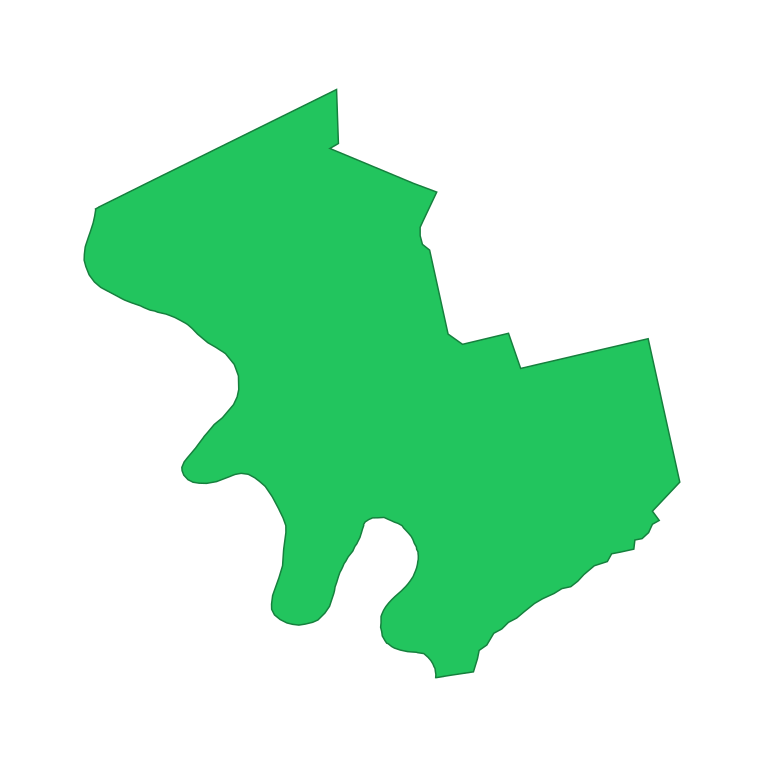 San Javier, Misiones, Argentina (Mercator projection), rotated 81°
{"feature_id": "61730980B6185383884221", "entity_name": "San Javier", "entity_type": "district", "adm_level": 2, "iso_a3": "ARG", "parent_name": "Argentina", "parent_adm1": "Misiones", "projection": "mercator", "projection_center": [-55.112, -27.774], "detail": "fine", "context": "isolated", "style": "filled", "palette": "green", "viewbox_px": 768, "rotation_deg": 81, "n_neighbors": 0, "source": "geoboundaries", "source_scale": "gbopen_adm2", "svg_char_len": 3900}
<svg xmlns="http://www.w3.org/2000/svg" viewBox="0 0 768 768"><g transform="rotate(81 384 384)"><path d="M682.1,378.9L682.2,378.7L682.2,372.9L682.2,372.2L682.1,372.3L682.1,362.8L682.3,340.7L669.8,334.6L662.0,331.7L657.9,323.3L647.4,314.6L644.3,305.9L638.9,298.4L635.9,289.5L631.1,281.6L624.3,269.7L620.9,261.0L617.5,248.8L613.9,240.3L613.4,231.2L609.1,223.5L603.5,216.4L596.4,204.7L594.3,191.2L587.3,185.7L587.0,176.7L586.2,163.1L577.3,160.6L577.1,153.3L572.2,145.9L567.3,142.7L564.5,140.8L561.8,133.5L551.6,138.8L527.2,107.2L441.5,112.4L432.2,112.9L382.9,115.9L380.6,116.0L383.5,156.4L390.0,246.6L353.4,253.1L354.0,260.6L357.1,300.2L354.5,302.9L344.7,312.9L258.9,318.0L252.1,324.2L243.2,325.1L234.9,323.8L228.6,319.6L202.7,301.9L190.4,323.6L184.4,333.3L145.4,396.6L142.9,400.6L142.8,400.3L139.3,391.4L85.7,384.8L89.3,396.4L137.1,550.0L142.9,568.7L164.6,638.0L164.8,638.0L165.1,639.0L165.9,641.3L166.0,641.6L166.8,641.5L172.9,643.5L179.5,646.1L187.6,650.2L192.6,652.9L192.8,653.0L200.3,656.9L202.0,657.7L209.2,659.7L214.8,660.8L221.4,660.1L229.9,658.2L231.2,657.6L236.7,654.7L237.7,654.2L238.0,654.0L242.5,650.2L244.3,648.6L245.7,646.8L259.2,628.9L260.8,626.6L264.3,620.6L268.7,612.3L270.9,609.2L272.8,606.1L274.4,603.5L276.0,599.1L277.7,596.2L278.8,593.4L279.3,592.2L280.8,588.4L283.0,584.5L283.3,584.0L285.6,580.1L288.5,576.2L292.9,570.5L294.6,568.6L299.0,564.9L303.0,562.1L305.6,560.3L308.0,558.2L315.6,551.6L321.5,544.3L322.3,543.4L325.3,540.1L326.3,538.9L329.2,535.8L331.1,534.7L339.4,529.9L341.1,528.9L344.4,528.2L349.0,527.3L353.2,526.5L366.5,528.3L366.9,528.4L372.6,530.6L373.7,531.0L379.3,534.8L380.8,535.8L392.0,548.8L394.0,552.1L394.2,552.5L395.6,554.9L397.5,558.1L399.0,559.8L405.2,566.9L406.1,568.0L407.7,569.9L408.6,570.7L414.9,577.2L417.0,579.3L418.0,580.3L418.3,580.7L426.1,589.7L429.6,593.5L434.7,596.7L435.9,596.8L438.0,597.0L442.7,596.0L446.4,593.5L447.8,592.6L450.3,589.1L451.1,588.1L451.8,585.9L453.0,582.2L453.1,581.7L454.4,574.8L454.2,564.4L454.1,564.2L451.3,550.9L450.5,547.6L450.0,545.1L449.9,541.6L449.9,539.0L451.8,532.6L452.2,531.8L456.4,526.3L460.7,522.2L465.1,518.5L466.6,517.3L472.5,514.5L477.0,512.4L477.9,512.0L491.2,507.4L492.0,507.2L497.3,505.6L500.2,504.7L502.2,504.3L508.0,503.2L508.7,503.1L509.3,503.2L515.2,504.1L515.6,504.2L530.7,508.7L532.6,509.2L547.6,512.6L558.8,518.0L572.7,525.6L575.5,527.1L583.8,529.5L587.4,530.0L589.0,530.2L594.9,528.3L600.4,523.4L604.8,517.3L607.1,511.8L608.8,505.8L608.8,499.4L608.6,496.7L608.3,492.9L608.2,491.7L608.1,491.3L606.7,486.1L601.0,478.2L595.1,472.6L583.1,466.4L580.3,465.2L576.5,464.0L576.1,463.7L572.2,461.6L570.5,460.8L567.0,459.1L563.1,457.0L561.6,455.8L560.7,455.1L558.2,453.4L555.1,451.5L553.2,449.6L549.1,446.4L546.3,443.3L545.2,442.1L544.2,441.0L539.9,438.2L537.4,435.7L536.7,435.3L534.9,434.0L531.7,431.7L528.8,430.3L527.9,429.8L523.8,427.9L520.7,426.2L519.5,426.1L517.2,424.1L516.3,422.0L515.6,420.5L515.4,419.9L514.8,417.5L514.4,416.2L515.1,411.6L515.8,404.8L518.2,401.2L520.3,397.9L522.0,395.4L523.9,391.9L525.8,389.5L526.6,388.4L529.3,387.1L531.6,385.5L533.8,384.0L535.2,383.1L538.7,381.0L539.5,380.7L542.0,379.8L546.0,379.0L548.7,378.0L549.9,377.5L552.4,377.6L555.1,376.7L557.1,376.9L559.1,377.0L562.6,377.6L565.0,378.5L566.8,379.0L567.9,379.4L570.8,380.6L571.5,381.0L573.5,382.1L576.2,383.8L578.7,385.3L582.8,389.1L585.2,391.6L587.5,394.3L588.7,396.0L591.0,399.1L593.4,402.9L595.7,406.5L598.3,410.2L599.5,411.7L601.0,413.6L603.7,416.5L604.2,417.0L605.3,418.0L607.6,419.9L611.5,422.4L613.2,423.3L619.5,424.3L623.8,425.4L625.8,425.2L628.4,425.0L632.6,425.1L633.1,424.9L637.6,423.2L640.4,421.9L641.1,420.6L644.5,417.5L646.4,415.1L649.3,409.6L652.0,402.6L653.1,398.0L654.0,394.0L654.6,392.8L656.5,386.8L658.8,384.9L661.1,383.0L661.7,382.7L664.4,381.0L667.8,379.6L668.9,379.3L671.1,378.8L672.9,378.1L675.8,378.2L676.4,378.2L679.2,378.2L682.1,378.9Z" fill="#22c55e" stroke="#15803d" stroke-width="1.5"/></g></svg>